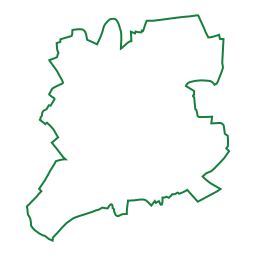 Phu Ly, Hà Nam, Vietnam
{"feature_id": "81297802B99776560080545", "entity_name": "Phu Ly", "entity_type": "district", "adm_level": 2, "iso_a3": "VNM", "parent_name": "Vietnam", "parent_adm1": "Hà Nam", "projection": "mercator", "projection_center": [105.916, 20.538], "detail": "fine", "context": "isolated", "style": "outline", "palette": "green", "viewbox_px": 256, "rotation_deg": 0, "n_neighbors": 0, "source": "geoboundaries", "source_scale": "gbopen_adm2", "svg_char_len": 3985}
<svg xmlns="http://www.w3.org/2000/svg" viewBox="0 0 256 256"><path d="M135.6,31.5L135.0,33.4L130.9,31.7L131.4,41.2L130.5,41.3L129.9,41.4L129.3,41.7L128.3,42.3L126.8,43.5L123.0,46.9L121.9,47.9L120.9,48.6L121.0,44.7L121.3,40.2L121.3,37.1L121.2,33.5L120.9,31.5L120.3,29.5L119.1,25.4L118.2,22.9L116.9,20.7L115.9,19.5L114.7,19.0L113.5,18.8L111.5,18.9L109.8,19.4L107.9,21.0L105.2,24.1L104.2,25.8L103.5,27.6L102.8,30.4L102.0,33.0L100.2,37.6L98.8,40.7L97.4,43.6L97.2,44.3L87.2,39.8L87.1,39.5L86.6,36.9L86.0,33.7L85.2,31.9L84.4,30.9L83.3,29.9L82.5,29.5L81.1,29.3L80.0,29.2L76.8,29.4L73.2,29.8L72.4,30.0L72.2,34.2L71.7,35.8L71.3,36.1L66.2,37.6L64.3,38.1L62.1,38.8L60.5,39.2L60.4,39.9L60.3,41.7L60.2,41.9L59.5,42.2L56.7,43.0L56.8,44.8L57.0,48.3L57.5,50.7L58.2,52.5L58.5,52.9L57.6,54.7L57.3,56.2L57.0,57.1L55.7,57.7L54.4,58.3L51.8,59.2L49.3,60.2L51.4,63.3L57.0,71.0L59.5,75.7L61.7,79.5L62.6,81.5L63.0,82.8L62.5,83.3L61.9,83.8L61.2,84.2L60.2,84.4L57.3,85.9L56.0,86.5L52.7,88.3L52.1,88.9L50.6,91.7L49.2,93.9L49.2,94.3L49.2,94.5L49.6,94.9L51.0,96.1L54.2,98.2L54.6,99.1L50.6,105.7L49.4,105.3L48.8,105.3L48.7,105.5L46.7,109.0L46.2,109.4L45.3,109.8L43.6,110.7L43.1,111.3L42.7,111.8L42.4,112.5L42.2,113.3L41.9,115.3L41.8,115.9L40.6,117.3L40.6,118.7L39.8,119.8L45.3,124.1L47.0,122.7L50.4,126.0L52.0,127.7L52.7,128.5L53.3,129.2L57.5,136.4L58.1,137.3L51.8,142.7L55.9,147.7L63.3,157.3L65.5,159.3L63.8,159.3L60.0,160.0L56.0,161.1L54.2,164.3L52.2,167.5L50.4,170.4L47.6,175.6L45.6,179.0L45.3,179.8L39.1,188.8L41.4,191.2L38.6,194.1L36.3,197.0L32.9,200.4L30.8,202.5L29.3,204.2L26.9,206.4L27.4,208.8L27.7,213.1L28.1,214.9L29.7,217.3L30.4,219.1L31.0,223.5L31.1,225.7L32.9,228.3L35.3,230.6L39.5,233.6L43.3,235.5L44.8,235.8L48.9,239.0L51.6,240.2L52.6,240.6L52.9,237.8L54.1,236.3L57.3,233.0L59.5,230.5L61.3,228.4L66.6,223.0L68.6,221.6L72.9,218.5L75.8,217.2L80.6,215.6L84.2,214.5L87.9,213.3L92.2,211.9L96.2,210.3L98.5,209.8L100.2,208.9L102.1,207.6L104.2,208.0L107.7,208.4L108.3,207.4L109.4,205.7L110.8,204.4L111.5,204.3L112.1,204.8L112.5,205.9L112.7,208.2L113.0,208.4L113.7,208.9L114.1,209.6L114.1,211.3L114.6,212.5L115.6,214.9L116.1,215.4L117.4,216.1L118.8,215.9L120.6,215.0L121.7,214.4L123.3,214.2L125.3,214.0L126.9,213.9L126.8,211.3L127.1,207.7L127.6,204.0L128.0,201.2L128.0,200.6L130.3,200.6L131.1,200.5L131.6,200.4L133.6,200.4L135.9,200.1L139.2,199.7L140.7,199.5L142.0,199.5L143.8,199.6L145.0,199.9L146.3,200.6L148.0,202.1L149.8,204.0L151.3,205.6L152.6,203.9L154.8,201.0L155.9,202.9L158.6,201.2L159.1,201.3L159.4,202.0L160.1,203.8L160.6,204.6L161.4,204.6L161.8,204.6L162.5,201.9L162.5,197.6L164.6,197.5L166.3,196.7L168.9,197.8L171.3,195.4L172.2,194.2L173.6,194.3L174.9,194.2L177.5,192.6L178.3,193.1L178.9,193.7L179.6,193.6L183.3,192.1L185.8,190.8L187.2,189.9L197.8,201.7L212.5,193.8L217.7,191.0L220.5,189.0L214.6,185.6L210.6,183.3L207.3,180.8L204.5,178.4L202.6,176.5L206.2,173.3L211.4,171.1L214.6,168.2L219.5,163.1L224.2,158.1L227.7,153.1L229.1,151.2L226.3,148.4L227.9,146.1L228.0,143.1L228.0,141.0L227.9,138.1L227.7,135.7L227.3,135.4L225.7,134.5L225.1,134.0L224.8,133.6L224.4,130.2L223.9,126.9L223.6,125.2L222.8,124.3L222.1,123.8L221.1,123.1L219.8,123.0L211.3,123.4L211.4,122.4L212.1,116.7L207.4,116.9L199.4,117.1L198.2,116.6L197.6,115.8L196.9,112.1L196.3,109.9L195.4,109.3L194.6,102.0L194.2,97.3L193.1,96.4L193.0,95.8L193.5,95.0L194.1,94.8L194.1,91.0L190.5,88.8L185.9,86.0L186.5,84.7L188.1,83.0L189.7,82.2L192.4,81.5L195.3,80.9L200.3,80.4L203.1,80.4L208.5,80.8L210.7,81.2L212.5,82.3L213.8,83.7L214.5,84.8L216.7,83.6L218.1,81.0L218.7,79.2L221.2,73.0L222.9,68.0L222.9,67.3L222.8,66.2L222.4,63.9L222.2,62.7L222.3,62.2L222.4,59.9L223.5,39.1L219.9,38.9L219.5,36.9L219.1,34.8L213.5,36.6L210.7,37.3L210.2,37.3L208.3,37.4L205.7,32.3L203.6,27.2L198.2,15.4L196.2,15.4L194.0,15.8L188.4,16.5L187.9,16.5L183.3,16.9L175.0,17.9L169.1,18.7L166.1,19.1L153.9,20.7L146.7,20.8L146.0,22.6L145.0,25.1L144.1,28.1L143.0,31.0L141.8,30.6L141.4,32.3L139.9,32.3L137.8,32.1L135.6,31.5Z" fill="none" stroke="#15803d" stroke-width="2"/></svg>